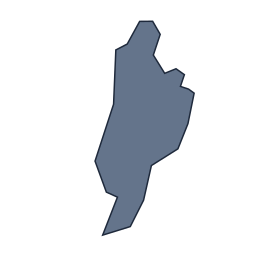 the district of Delvinë, Vlorë, Albania, rotated 240°
{"feature_id": "67620474B1879164611880", "entity_name": "Delvinë", "entity_type": "district", "adm_level": 2, "iso_a3": "ALB", "parent_name": "Albania", "parent_adm1": "Vlorë", "projection": "robinson", "projection_center": [20.095, 39.973], "detail": "fine", "context": "isolated", "style": "filled", "palette": "slate", "viewbox_px": 256, "rotation_deg": 240, "n_neighbors": 0, "source": "geoboundaries", "source_scale": "gbopen_adm2", "svg_char_len": 433}
<svg xmlns="http://www.w3.org/2000/svg" viewBox="0 0 256 256"><g transform="rotate(240 128 128)"><path d="M47.9,52.5L41.5,80.7L57.7,105.4L83.8,129.5L85.0,160.8L101.8,182.1L125.1,202.7L131.4,199.9L137.8,194.2L146.0,203.5L155.3,199.2L157.0,187.1L178.5,186.4L193.0,202.7L208.1,202.7L214.5,191.4L201.1,169.3L201.7,156.5L155.8,127.4L115.8,82.9L83.3,77.2L73.4,84.3L47.9,52.5Z" fill="#64748b" stroke="#1e293b" stroke-width="1.5"/></g></svg>